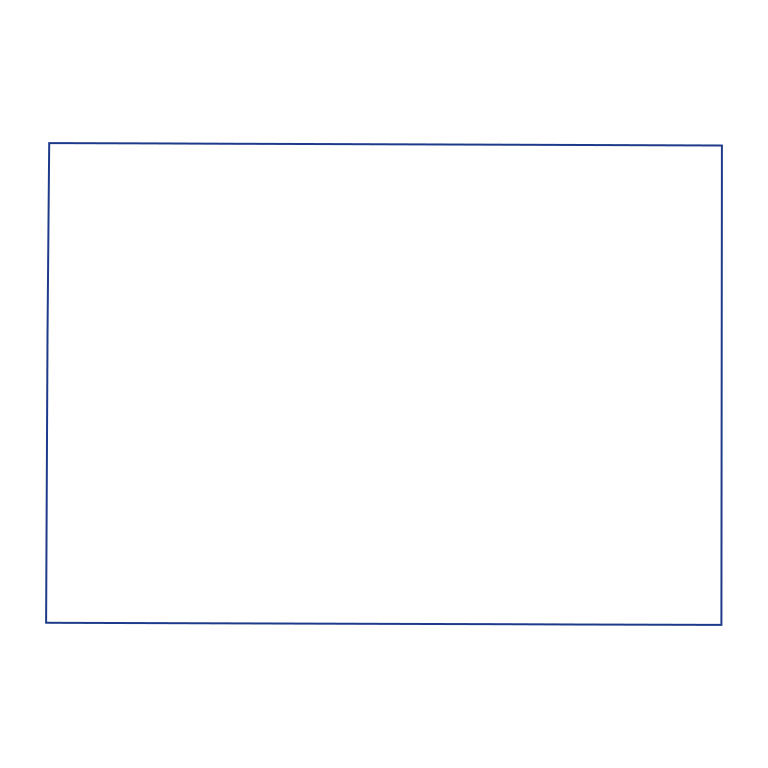 outline of Atreuco, La Pampa, Argentina
{"feature_id": "61730980B71031057558278", "entity_name": "Atreuco", "entity_type": "district", "adm_level": 2, "iso_a3": "ARG", "parent_name": "Argentina", "parent_adm1": "La Pampa", "projection": "natural_earth1", "projection_center": [-63.75, -37.032], "detail": "fine", "context": "isolated", "style": "outline", "palette": "blue", "viewbox_px": 768, "rotation_deg": 0, "n_neighbors": 0, "source": "geoboundaries", "source_scale": "gbopen_adm2", "svg_char_len": 408}
<svg xmlns="http://www.w3.org/2000/svg" viewBox="0 0 768 768"><path d="M721.4,624.9L721.9,171.0L721.9,151.7L721.9,146.0L721.9,145.5L720.8,145.5L719.2,145.5L530.2,144.8L248.0,143.8L241.0,143.8L149.6,143.4L52.6,143.1L49.5,143.1L49.2,143.1L49.1,153.5L47.5,335.7L46.1,622.7L51.9,622.8L335.7,623.7L431.0,624.0L504.3,624.2L574.4,624.5L720.0,624.9L721.4,624.9Z" fill="none" stroke="#1e3a8a" stroke-width="2"/></svg>